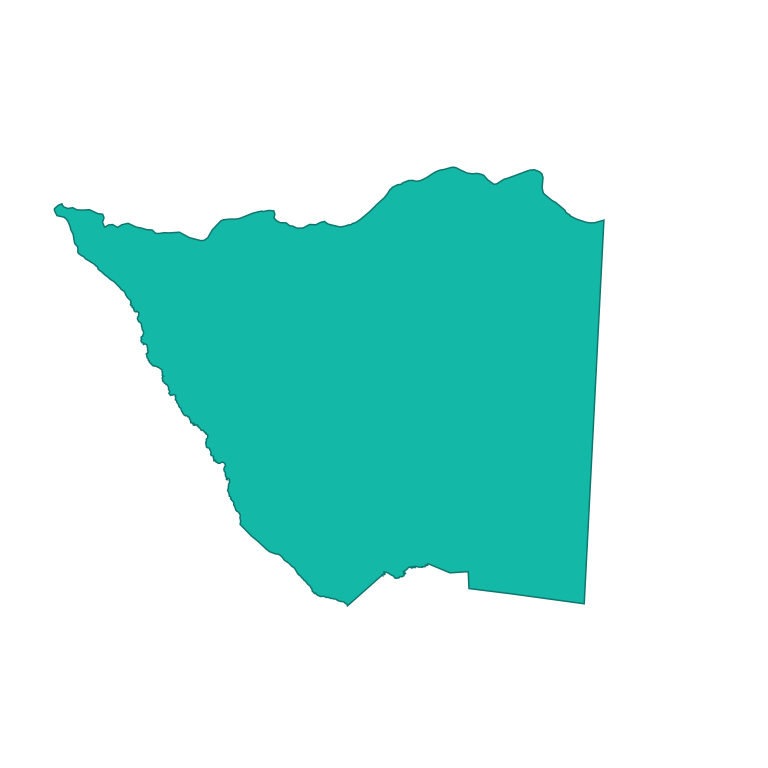 outline of Nkeyema, Western, Zambia, rotated 252°
{"feature_id": "96606910B42234900410364", "entity_name": "Nkeyema", "entity_type": "district", "adm_level": 2, "iso_a3": "ZMB", "parent_name": "Zambia", "parent_adm1": "Western", "projection": "natural_earth1", "projection_center": [25.215, -14.864], "detail": "fine", "context": "isolated", "style": "filled", "palette": "teal", "viewbox_px": 768, "rotation_deg": 252, "n_neighbors": 0, "source": "geoboundaries", "source_scale": "gbopen_adm2", "svg_char_len": 6171}
<svg xmlns="http://www.w3.org/2000/svg" viewBox="0 0 768 768"><g transform="rotate(252 384 384)"><path d="M145.0,440.5L113.1,506.5L471.9,643.8L472.2,634.7L473.3,630.4L475.3,626.2L481.3,618.1L486.1,613.2L487.2,613.0L491.0,610.0L493.3,609.8L503.6,603.4L506.4,600.7L509.5,598.6L515.9,594.7L518.1,594.6L522.0,595.1L531.1,599.0L534.9,599.1L537.6,597.7L539.7,595.3L541.2,593.3L542.3,589.2L542.3,585.8L541.5,566.4L541.6,561.0L539.5,553.1L539.9,550.3L546.1,545.7L551.8,543.3L554.0,540.4L555.7,537.2L556.4,533.4L558.9,528.3L564.0,522.7L567.6,519.2L568.8,516.8L569.2,514.5L569.5,507.3L570.1,503.6L570.0,500.5L569.5,496.9L567.2,488.7L566.4,483.9L566.2,480.7L567.0,476.8L568.7,474.4L569.9,470.4L569.5,463.9L568.6,462.4L569.3,458.3L568.5,453.0L566.8,449.5L563.9,446.1L561.1,441.9L557.1,433.0L552.4,423.7L548.0,412.9L546.2,406.8L546.4,403.5L545.8,402.4L545.7,401.6L546.3,399.2L546.2,395.6L546.8,390.9L553.3,380.3L557.0,377.6L557.3,373.7L556.5,368.4L558.7,362.6L557.4,355.2L559.1,349.3L562.3,346.1L563.6,343.2L567.4,340.8L569.6,335.0L572.7,332.1L576.1,330.7L578.9,332.6L582.7,332.7L584.6,328.4L585.4,322.1L586.0,321.6L586.6,318.5L587.0,311.9L586.1,299.4L586.2,296.4L586.9,293.1L588.4,288.7L589.7,282.5L589.7,279.5L583.6,268.2L577.5,261.6L576.2,257.4L576.9,254.2L583.3,244.2L591.6,236.3L594.3,225.6L595.8,221.9L596.6,216.9L597.8,213.4L602.1,211.1L604.2,205.8L607.2,201.6L609.8,196.8L615.9,190.3L616.5,184.0L615.3,178.9L619.5,175.2L620.4,171.1L619.5,167.4L619.6,166.7L624.7,166.2L628.6,169.1L632.4,168.9L634.4,164.6L640.8,157.7L642.4,151.5L644.5,145.7L647.8,142.6L648.7,137.4L651.5,134.1L653.4,133.4L654.9,133.4L654.6,129.4L652.6,124.8L651.2,124.2L645.2,125.0L641.4,131.5L640.8,131.6L639.4,132.7L635.6,133.8L630.8,134.1L627.6,133.8L622.5,134.6L614.5,133.4L612.7,133.4L609.4,134.9L607.0,134.7L604.4,133.6L602.5,133.8L599.1,136.4L598.2,137.6L595.2,138.9L588.4,144.8L586.1,146.3L585.1,146.6L584.2,147.6L581.3,147.7L580.5,148.4L579.8,148.6L579.3,149.3L573.3,152.7L572.3,153.7L568.7,155.7L566.2,157.6L565.0,158.8L556.6,162.9L555.9,162.9L554.2,164.2L553.8,164.2L553.6,164.7L552.9,165.2L551.1,165.9L548.7,165.9L545.3,166.8L541.2,169.0L539.8,168.2L538.9,168.4L538.2,167.5L536.5,167.7L536.5,168.5L536.1,168.7L534.7,168.3L533.8,169.4L533.2,169.0L531.4,169.3L530.9,168.9L529.4,170.0L529.2,170.9L529.5,171.2L529.5,171.7L527.0,173.0L526.0,172.1L524.7,171.9L524.0,170.7L522.4,169.6L519.2,169.9L518.8,170.7L516.1,171.8L513.6,171.2L512.3,171.4L511.3,171.0L509.6,171.0L508.9,171.4L507.5,171.4L505.8,170.6L504.6,169.3L503.9,169.0L503.9,167.9L503.5,167.4L502.6,167.2L501.7,167.5L501.1,166.6L499.7,166.2L498.2,166.5L497.0,168.1L496.4,167.4L496.0,167.4L495.8,167.6L496.1,168.6L495.8,169.4L494.5,170.6L490.6,170.1L489.1,169.6L487.4,169.7L487.2,169.0L486.4,168.8L486.1,168.5L486.3,167.7L486.1,167.2L481.8,166.9L480.9,167.6L479.3,167.3L478.8,167.9L477.7,167.5L472.9,169.8L472.0,170.9L471.9,171.8L471.0,173.1L470.1,173.7L469.7,174.5L466.3,177.1L464.6,177.1L464.3,176.8L463.5,176.8L462.2,176.3L461.1,176.2L460.6,175.8L459.6,176.6L459.5,176.0L458.6,175.5L458.3,174.9L457.3,174.7L456.7,175.0L455.2,174.4L454.2,175.2L453.1,175.5L452.9,175.4L451.8,176.3L451.2,176.4L450.8,176.8L450.7,177.4L448.2,178.0L446.9,178.0L445.7,177.4L443.3,177.9L442.3,177.3L441.6,176.5L440.4,177.2L439.3,177.3L439.3,178.2L439.0,178.5L438.8,179.8L439.0,180.7L437.7,182.3L437.0,182.2L436.3,181.5L435.3,181.7L433.8,180.8L433.3,180.8L432.3,181.6L431.7,181.7L430.8,181.2L428.8,182.1L427.4,182.2L426.6,181.9L424.7,182.4L423.9,183.3L420.8,183.1L420.1,183.6L418.7,183.6L416.2,184.4L415.2,185.2L414.9,186.7L413.4,187.3L412.8,188.4L411.0,188.3L408.7,188.8L408.3,188.4L407.6,188.7L407.4,188.4L406.7,188.4L405.7,190.5L404.9,191.0L405.2,190.0L404.0,189.9L403.4,190.6L402.8,193.6L402.5,194.1L401.7,193.7L401.4,194.1L400.3,194.3L398.6,195.4L396.7,195.8L396.3,196.2L395.5,197.9L393.8,198.4L392.9,199.4L392.6,199.0L391.9,199.0L390.3,200.6L387.3,199.7L386.5,198.0L384.6,197.4L383.5,196.4L380.1,195.8L378.7,195.8L377.8,196.6L377.1,197.8L376.6,198.0L376.1,198.1L375.4,197.9L374.1,198.5L372.1,198.2L370.5,197.4L369.3,197.7L368.4,199.1L367.6,199.5L366.7,198.8L364.4,199.0L364.0,198.4L363.6,198.4L363.2,199.1L363.3,200.1L362.7,200.0L361.5,200.3L361.4,201.0L360.5,201.2L359.9,201.9L359.3,203.4L359.7,205.1L359.6,206.3L359.0,207.1L357.2,208.1L355.0,207.9L354.6,207.0L353.7,206.1L351.8,205.2L350.9,205.1L349.9,205.5L347.9,205.7L347.3,205.1L346.5,205.2L345.2,204.8L343.3,205.5L342.3,204.6L341.4,205.1L341.4,205.5L342.4,206.2L342.6,206.6L341.3,207.5L340.6,207.6L339.8,206.8L339.0,207.1L338.2,206.7L336.3,205.0L333.1,203.8L331.2,202.4L327.7,202.8L325.1,202.2L324.5,203.0L323.2,203.3L322.8,203.2L322.4,202.6L322.0,202.6L321.2,203.2L320.5,203.3L317.8,204.5L315.2,203.7L313.6,204.2L309.8,204.1L308.1,205.0L307.3,206.0L303.9,206.8L302.8,206.5L301.6,205.7L297.9,205.3L294.9,203.8L279.9,211.2L273.5,215.4L263.2,221.1L259.8,223.4L255.6,228.8L255.0,230.6L253.5,232.1L251.1,233.5L247.1,234.9L242.9,238.2L238.8,240.1L237.6,241.4L235.4,242.3L230.0,243.4L228.2,244.4L227.8,244.9L224.6,246.2L223.9,246.8L222.0,247.3L220.8,248.4L217.6,249.4L214.4,251.4L212.7,251.5L211.9,252.1L208.9,251.8L208.1,252.5L206.6,253.0L206.2,253.3L206.1,254.6L205.0,254.6L203.4,255.8L201.6,257.8L200.6,261.3L198.8,263.2L198.4,265.0L196.5,267.1L195.9,268.9L195.0,269.8L195.0,270.6L194.3,271.7L193.1,272.8L192.6,272.8L190.7,275.5L189.3,278.3L188.9,278.7L187.5,279.3L185.9,280.8L184.3,280.7L202.4,322.2L202.0,323.7L203.1,323.4L203.5,324.3L202.6,325.6L203.0,326.3L203.9,326.3L204.9,325.7L205.2,325.8L204.4,327.9L202.6,329.9L200.8,331.2L198.1,334.0L197.0,334.1L195.9,334.6L195.4,335.6L195.5,336.9L195.0,337.4L195.2,338.8L196.0,339.5L195.1,341.7L195.6,343.8L196.2,344.1L197.2,344.0L196.9,345.4L197.3,346.0L199.4,344.4L199.8,344.6L199.7,346.4L200.5,347.6L200.6,348.4L202.1,350.9L201.5,352.5L201.8,353.9L201.3,354.0L200.5,353.5L200.4,355.1L201.2,354.9L200.9,355.7L201.1,356.8L200.5,356.6L200.4,356.2L199.9,356.6L199.8,356.9L200.5,357.3L200.4,358.3L198.7,361.3L198.8,362.3L198.1,363.0L197.9,363.7L198.0,364.1L198.5,364.4L197.8,365.5L197.7,366.7L198.9,367.4L198.3,367.9L198.2,369.5L199.3,369.4L199.5,370.4L184.0,388.4L179.5,406.1L163.2,401.6L145.0,440.5Z" fill="#14b8a6" stroke="#0f766e" stroke-width="1.5"/></g></svg>